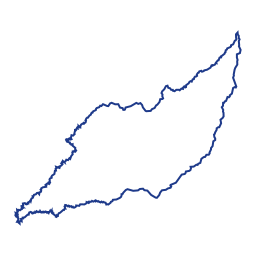 Agustín Codazzi, Cesar, Colombia
{"feature_id": "7082276B21922340436225", "entity_name": "Agustín Codazzi", "entity_type": "district", "adm_level": 2, "iso_a3": "COL", "parent_name": "Colombia", "parent_adm1": "Cesar", "projection": "robinson", "projection_center": [-73.375, 9.994], "detail": "fine", "context": "isolated", "style": "outline", "palette": "blue", "viewbox_px": 256, "rotation_deg": 0, "n_neighbors": 0, "source": "geoboundaries", "source_scale": "gbopen_adm2", "svg_char_len": 5745}
<svg xmlns="http://www.w3.org/2000/svg" viewBox="0 0 256 256"><path d="M209.7,153.2L209.5,152.5L211.0,149.5L211.0,148.1L212.6,146.1L213.3,141.3L215.2,140.0L215.2,138.4L214.4,137.1L214.0,134.6L214.8,133.8L215.1,132.5L216.6,129.9L216.7,128.3L218.3,127.2L219.3,127.2L221.1,123.3L220.5,119.7L222.6,118.0L223.6,116.4L223.5,112.7L223.0,111.7L223.2,109.9L221.8,107.2L223.0,105.8L223.1,102.8L224.2,102.7L224.8,101.4L226.1,100.9L227.5,97.0L228.9,97.3L229.8,96.4L229.8,95.3L231.9,93.6L233.1,88.0L234.7,87.1L235.8,87.5L236.3,86.6L233.1,77.7L233.9,75.5L233.7,74.6L234.6,69.7L235.3,67.8L237.3,64.6L237.2,61.1L237.6,60.0L236.9,57.6L236.9,54.3L239.9,53.1L240.6,49.9L238.9,46.2L239.2,45.2L238.8,41.1L239.6,39.3L238.8,38.1L238.7,35.7L237.8,34.6L237.6,32.5L236.0,34.3L236.1,38.0L236.5,39.0L235.7,40.3L234.8,40.7L233.2,44.3L231.0,45.3L231.0,46.4L230.3,47.1L227.2,48.4L226.9,49.5L225.7,50.3L225.5,52.2L224.9,52.5L224.6,53.7L221.3,56.3L221.2,57.0L220.7,56.7L220.3,57.5L219.5,57.7L218.6,60.3L217.8,60.4L216.0,62.6L216.3,63.2L215.7,63.1L214.9,64.6L213.3,65.3L212.5,65.1L212.3,65.7L211.5,65.5L210.5,67.6L207.1,69.7L204.2,70.4L203.7,71.1L202.0,71.7L201.3,70.8L199.3,71.4L198.7,72.7L198.0,72.8L196.8,74.5L197.1,75.8L196.1,76.5L195.2,76.5L194.3,77.5L193.9,79.1L192.7,79.3L191.7,81.6L190.8,81.1L189.5,81.8L188.7,83.3L186.1,85.2L186.0,87.1L185.1,87.5L184.2,86.4L182.9,87.8L182.9,88.9L181.4,88.6L179.7,90.3L179.0,89.8L176.3,89.8L174.6,91.2L172.9,90.7L172.8,89.9L171.2,89.9L170.1,88.3L168.3,87.8L167.5,85.7L165.9,86.2L164.3,89.2L162.2,91.3L161.5,93.1L162.5,94.5L162.3,96.2L163.1,98.4L162.4,99.0L160.2,99.2L159.5,102.0L157.3,104.7L156.1,105.4L154.6,108.0L151.9,109.2L150.7,110.9L146.3,111.2L145.5,110.8L142.9,107.4L142.1,105.0L140.4,103.1L138.3,103.9L136.3,102.9L130.7,106.2L125.6,107.5L124.9,109.6L124.3,109.9L123.3,109.9L122.6,108.1L120.0,107.6L118.3,104.2L115.2,104.3L111.6,102.8L110.1,103.4L108.3,106.1L107.2,106.0L103.0,104.2L101.4,106.0L100.2,105.7L99.2,107.2L96.8,108.0L96.1,108.7L95.8,110.1L93.2,111.3L92.5,112.7L91.8,112.6L91.3,113.2L90.8,114.7L89.5,115.5L87.9,117.7L87.3,117.6L86.3,118.5L85.5,120.4L86.0,120.7L85.6,122.4L84.7,123.0L83.9,122.8L83.7,123.8L82.7,123.5L81.1,124.6L80.5,125.9L79.9,126.3L80.3,126.6L80.3,127.0L79.7,126.6L79.6,127.0L78.6,126.0L78.7,126.8L78.1,126.5L77.4,127.3L77.7,128.4L76.9,128.1L76.4,129.3L75.0,129.8L75.0,130.5L75.6,130.6L74.8,131.6L74.3,133.7L74.6,134.1L73.1,135.6L71.5,135.2L70.9,137.9L71.5,139.2L70.1,139.6L69.4,138.4L68.6,138.8L68.0,140.6L67.2,139.3L66.4,139.2L66.0,139.8L67.0,141.7L69.9,142.5L69.9,143.6L70.9,143.9L71.3,144.7L72.6,144.2L72.7,145.8L75.3,147.9L75.1,149.0L75.7,149.9L75.4,150.4L76.0,150.7L75.5,151.4L74.9,150.6L74.1,151.6L73.4,151.2L72.7,151.4L72.8,152.2L72.3,152.6L72.7,154.3L71.3,155.9L70.2,158.9L69.4,158.2L68.1,160.1L66.3,159.7L65.5,161.3L64.3,161.9L64.4,162.2L62.9,161.0L62.8,161.7L62.3,161.6L62.0,162.1L62.7,162.6L61.4,163.4L62.4,164.3L61.4,165.5L59.1,166.6L59.7,167.5L59.5,168.0L56.1,166.8L56.5,168.2L55.6,168.8L56.0,170.6L54.9,170.8L54.4,174.0L52.1,175.6L51.4,176.7L51.7,177.7L49.9,178.6L49.5,179.5L49.8,180.9L49.5,181.6L50.1,182.4L49.5,183.5L48.8,182.4L48.4,182.5L48.0,183.8L47.2,183.6L45.6,184.8L46.3,185.7L45.7,186.1L46.0,186.8L42.9,187.3L41.2,188.4L41.2,189.6L40.7,189.8L41.2,190.7L41.0,191.7L39.5,192.4L39.2,194.2L38.0,192.8L36.9,193.0L35.9,194.3L34.0,194.8L33.5,196.1L32.6,196.2L33.0,197.6L31.4,198.6L30.8,201.0L30.5,200.3L30.1,200.8L30.4,201.4L28.6,202.1L28.4,203.3L27.7,203.0L27.4,203.9L26.9,203.7L26.5,204.3L25.6,204.1L24.9,203.1L22.9,203.5L23.2,205.7L22.4,205.9L23.0,206.3L22.3,206.2L22.0,206.8L22.9,207.4L21.9,207.4L22.4,208.2L21.8,208.4L21.8,209.1L21.1,209.2L20.3,210.2L18.8,210.1L18.6,209.1L18.1,210.7L17.1,209.9L17.4,213.3L15.9,212.9L17.1,215.0L15.8,215.4L15.5,214.9L15.4,215.4L16.2,216.5L17.6,215.7L17.5,216.4L17.9,216.9L17.3,217.3L18.6,218.9L17.1,221.8L17.7,221.8L19.6,223.5L19.5,221.4L20.9,220.7L21.3,221.0L21.2,220.5L21.6,220.5L21.1,218.9L23.0,218.5L22.8,217.6L24.6,217.4L27.7,214.6L28.7,214.7L29.2,212.5L30.7,211.9L32.1,212.6L31.8,213.0L32.3,213.5L33.7,213.1L33.9,212.5L35.1,212.7L35.2,211.8L36.1,212.1L36.6,211.2L38.1,212.2L38.7,211.7L39.7,212.0L40.1,211.0L40.9,212.2L42.6,211.8L42.5,212.4L45.0,211.7L44.9,212.1L45.6,211.8L46.9,212.7L47.4,212.3L47.1,212.0L48.2,212.0L47.8,212.5L48.4,213.0L48.5,212.3L49.3,212.3L50.2,210.7L50.4,211.1L51.1,210.7L51.3,211.2L51.6,210.7L51.6,211.3L52.2,211.3L52.2,212.7L52.6,212.5L52.8,213.1L53.3,213.2L53.2,214.0L55.9,215.9L55.8,216.7L56.4,216.9L56.7,215.7L57.1,216.2L57.9,216.0L57.9,214.9L58.8,213.2L60.0,212.8L63.3,209.9L64.0,210.0L64.8,208.4L65.3,208.5L64.6,206.5L65.0,206.3L65.2,205.0L66.1,205.1L66.3,205.7L66.8,205.6L67.8,206.3L68.5,205.6L69.4,205.9L69.6,206.7L71.3,206.2L71.9,207.1L72.6,206.8L72.7,207.3L73.5,207.2L74.0,207.7L75.4,207.1L76.2,206.2L76.2,205.5L79.3,205.8L80.2,204.3L84.5,204.4L86.5,203.2L86.6,202.2L87.1,202.5L88.1,202.0L88.0,202.5L88.7,203.0L90.3,201.7L91.6,201.6L92.0,200.9L93.6,201.6L95.2,200.5L95.7,201.2L96.1,200.6L97.6,201.5L98.2,201.1L99.3,202.0L99.7,201.8L100.6,202.4L101.6,201.6L102.5,202.4L103.6,201.9L104.0,202.4L105.6,202.7L106.3,204.5L107.1,204.2L108.3,204.5L110.6,202.7L110.9,201.8L112.4,201.2L112.9,199.8L116.4,199.5L119.8,197.9L121.1,196.8L121.6,195.3L121.5,194.2L122.7,193.9L123.2,192.8L125.8,190.0L127.5,189.2L133.2,190.8L138.0,190.4L139.9,189.0L143.0,188.7L144.4,190.2L147.4,190.6L151.1,194.9L155.6,197.6L156.9,197.8L159.2,195.1L160.2,192.5L162.0,190.3L165.9,189.8L167.8,188.5L170.6,187.7L171.2,186.5L170.4,185.6L170.6,184.9L175.9,182.7L181.7,174.6L184.7,174.0L185.5,173.1L185.9,171.5L189.2,170.9L190.4,170.1L191.0,168.2L190.6,166.8L193.7,166.6L196.4,164.7L197.6,164.9L198.2,163.8L200.3,162.9L201.4,158.8L203.7,157.1L205.1,156.9L206.4,154.8L208.8,154.7L209.7,153.2Z" fill="none" stroke="#1e3a8a" stroke-width="2"/></svg>